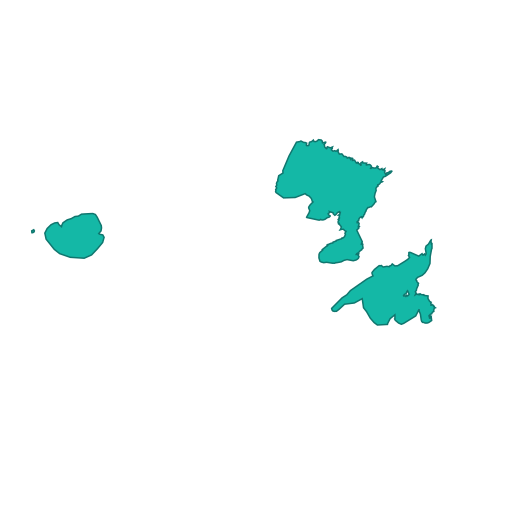 Rewa, Central, Fiji (Equal Earth projection), rotated 51°
{"feature_id": "14151628B39642918357252", "entity_name": "Rewa", "entity_type": "district", "adm_level": 2, "iso_a3": "FJI", "parent_name": "Fiji", "parent_adm1": "Central", "projection": "equal_earth", "projection_center": [178.419, -18.226], "detail": "fine", "context": "isolated", "style": "filled", "palette": "teal", "viewbox_px": 512, "rotation_deg": 51, "n_neighbors": 0, "source": "geoboundaries", "source_scale": "gbopen_adm2", "svg_char_len": 6151}
<svg xmlns="http://www.w3.org/2000/svg" viewBox="0 0 512 512"><g transform="rotate(51 256 256)"><path d="M219.3,200.5L228.2,198.0L235.2,188.7L238.5,178.5L240.3,178.3L242.9,177.0L246.2,176.8L249.1,177.9L249.9,177.7L250.3,181.6L251.0,183.9L251.7,184.8L254.6,185.7L255.8,187.6L257.7,192.3L258.1,192.3L267.4,184.8L268.1,184.0L268.3,182.7L268.8,182.7L270.1,181.3L270.9,179.4L271.1,176.3L271.8,174.9L271.8,173.5L271.4,173.1L269.7,173.7L268.5,173.3L268.6,171.1L267.7,170.9L270.9,168.9L271.8,169.4L274.0,169.1L274.0,167.1L273.5,165.5L273.9,163.4L274.0,163.2L274.7,163.8L275.2,163.1L276.3,164.6L276.2,166.1L276.9,165.4L278.6,167.5L278.9,167.2L279.2,167.5L279.3,169.1L280.3,169.0L280.6,170.1L281.3,170.9L282.9,171.6L283.0,170.9L284.3,171.3L287.0,171.3L288.2,173.0L288.6,174.1L289.3,172.4L290.3,171.2L292.2,171.1L293.5,170.5L294.3,172.6L295.5,172.9L296.7,175.1L296.7,177.4L296.1,177.7L296.4,178.7L294.4,183.9L294.8,184.3L293.7,187.4L294.2,188.1L293.3,189.7L292.6,192.3L292.3,192.8L292.2,193.8L293.0,193.8L293.0,194.5L292.8,194.6L292.7,200.5L293.4,200.6L293.5,204.1L293.8,205.0L294.5,206.1L297.1,208.3L300.3,209.6L301.7,209.1L303.8,207.6L305.3,205.1L309.6,201.2L311.2,199.3L311.4,197.9L311.9,197.7L314.2,193.4L314.8,190.3L316.1,187.5L320.9,183.4L322.1,180.7L322.3,178.9L322.1,177.6L321.2,176.2L319.7,176.2L318.9,174.6L318.5,174.6L318.6,176.2L317.9,177.1L317.6,176.4L317.9,174.2L317.5,171.8L317.7,170.0L317.4,169.6L317.2,167.8L314.9,166.5L314.1,165.6L313.5,165.8L313.1,166.6L312.6,166.0L312.6,165.2L312.0,165.1L311.7,164.4L299.6,161.5L299.2,161.2L299.1,158.8L298.9,158.4L297.7,158.3L297.5,157.8L298.0,157.5L298.1,157.1L296.8,157.1L295.8,155.5L294.7,155.3L293.8,156.4L293.0,155.8L293.2,154.1L292.7,154.0L292.6,153.2L291.9,152.7L291.5,151.0L291.7,149.6L292.7,149.6L292.1,149.0L292.3,148.8L292.9,149.3L293.1,149.1L292.8,147.8L292.6,147.1L291.9,146.3L291.7,145.0L290.9,144.1L290.2,142.0L289.7,141.7L288.7,138.6L289.2,138.1L289.7,136.1L290.4,135.4L289.8,131.5L289.1,129.6L289.3,128.6L284.8,126.9L284.1,126.3L282.2,124.0L280.7,121.4L279.0,120.4L278.4,119.0L278.4,117.1L277.8,117.1L277.3,116.6L277.7,115.8L277.7,114.3L277.1,112.4L277.7,111.8L277.8,111.0L277.0,111.5L276.2,111.2L274.8,107.2L275.5,105.4L276.1,99.1L275.5,96.5L275.2,97.8L274.5,98.3L274.4,100.8L273.7,101.9L273.9,102.6L274.9,103.1L274.8,104.0L271.6,103.3L271.2,102.3L271.0,102.1L270.0,102.5L269.2,101.1L268.8,103.3L268.5,103.6L267.3,103.1L266.9,105.3L264.1,106.1L263.8,106.0L263.5,104.9L262.4,105.2L263.0,106.9L262.9,107.6L261.9,109.0L260.3,110.1L260.3,111.6L260.0,111.8L259.5,110.4L258.8,109.8L257.3,109.8L256.2,110.3L254.7,112.9L253.8,112.3L253.5,111.6L250.9,114.4L249.9,113.9L249.6,115.8L250.4,116.7L251.4,117.0L251.3,117.5L249.6,117.6L248.3,118.4L247.7,117.7L247.1,118.1L246.9,119.5L243.5,119.1L242.5,120.8L241.6,119.7L240.9,119.5L240.5,119.8L240.4,120.8L240.7,121.6L239.7,121.5L240.0,120.6L239.5,120.6L238.7,121.5L238.2,121.4L237.8,121.7L237.6,123.2L237.3,123.5L236.3,123.2L235.5,123.6L234.6,124.1L234.1,125.0L230.7,125.0L229.2,127.1L226.5,126.6L225.9,125.8L225.0,125.3L225.0,126.2L225.3,126.2L225.3,126.8L224.9,128.0L223.7,128.5L223.0,130.2L221.0,130.6L220.4,129.8L220.5,129.1L219.8,128.8L219.4,128.0L218.7,130.2L216.1,131.7L216.1,132.3L217.1,133.3L216.9,133.8L214.4,134.0L212.8,133.0L212.2,133.0L212.0,131.5L211.7,130.4L211.3,130.2L209.9,133.1L208.3,132.2L206.9,132.3L204.9,134.2L205.1,136.2L204.6,137.8L203.4,138.9L202.0,138.5L202.1,140.8L201.3,142.6L201.4,143.1L203.2,145.2L203.1,146.0L202.0,147.2L201.5,147.1L200.2,145.6L198.8,146.3L197.7,147.5L194.9,148.7L194.7,149.8L193.0,152.9L199.0,167.3L206.6,181.5L208.5,182.8L207.9,187.8L210.7,191.4L211.5,191.7L211.6,192.7L212.2,194.0L212.7,194.6L214.0,195.2L214.5,196.9L215.8,196.9L216.5,197.6L216.6,198.8L217.6,199.3L218.2,200.2L219.3,200.5ZM416.7,160.1L414.0,158.4L414.2,159.3L413.6,160.2L413.2,160.1L412.9,157.8L412.1,158.3L411.8,159.4L411.3,159.2L411.0,157.0L411.5,155.9L410.7,154.3L411.0,152.7L409.7,151.9L409.7,151.5L409.1,151.0L408.8,150.1L409.1,149.2L407.2,149.7L407.1,149.2L405.6,149.3L404.5,150.7L404.2,149.8L403.2,150.3L402.5,149.8L402.2,149.0L400.6,149.6L397.2,149.1L395.3,147.4L392.4,150.2L391.7,149.9L390.7,151.2L389.2,152.3L388.9,153.2L388.5,152.6L387.3,154.9L386.6,155.0L386.4,156.6L385.5,154.9L384.1,154.7L383.6,152.9L382.6,151.9L380.7,148.2L380.0,148.0L379.5,146.9L377.1,147.2L376.3,146.6L375.1,146.8L374.7,146.3L374.3,143.8L375.6,139.0L375.4,135.3L374.0,130.6L371.3,125.5L366.0,120.9L361.2,115.3L360.8,114.4L357.2,111.5L357.0,112.1L354.8,110.8L353.8,109.7L353.7,110.2L355.3,114.5L355.3,117.6L356.9,119.8L360.8,122.0L361.7,123.1L361.9,123.9L360.5,123.7L360.5,125.2L360.2,125.3L360.4,125.6L360.2,125.8L358.7,125.5L358.5,129.6L350.5,133.7L349.8,134.3L349.5,135.0L351.3,136.5L351.5,137.2L353.7,137.5L354.1,140.0L353.8,143.7L352.7,152.1L351.1,154.3L347.9,155.1L348.4,157.1L347.9,158.1L348.2,159.1L346.3,160.9L344.8,163.8L344.3,164.2L342.2,164.6L341.8,165.6L341.0,166.3L341.0,172.4L341.8,176.2L342.7,176.9L345.1,177.6L343.7,184.4L342.3,204.4L343.3,209.8L342.7,215.5L344.3,230.2L345.8,230.9L347.1,230.9L348.3,230.0L349.6,228.3L349.7,225.1L349.2,217.5L354.4,209.1L356.0,200.3L363.9,205.0L368.9,205.1L376.3,206.3L382.1,206.1L386.0,205.1L391.9,196.9L391.2,196.0L389.1,191.2L389.1,185.1L392.1,187.4L392.1,187.9L393.6,188.2L397.8,187.4L400.5,186.0L401.3,183.6L403.1,169.6L400.0,162.7L401.6,163.9L404.6,164.8L409.6,167.8L411.1,168.4L412.4,168.3L413.0,167.6L414.5,166.8L415.8,165.2L416.4,163.7L416.7,160.1ZM379.7,166.3L379.2,164.8L379.7,163.2L378.5,160.9L378.4,160.1L382.2,161.1L382.5,162.7L382.0,163.1L382.2,163.7L381.4,163.8L381.6,164.5L381.2,164.3L381.1,165.2L380.2,165.8L380.1,166.3L379.7,166.3ZM139.0,360.7L137.0,358.4L135.0,357.1L125.9,355.0L122.7,354.7L120.3,356.1L118.8,358.1L113.7,365.2L113.2,369.0L111.4,371.8L110.7,376.0L109.1,380.0L108.7,385.1L109.9,387.6L110.8,388.7L107.7,389.4L105.2,389.0L103.6,391.7L102.7,395.6L103.2,401.0L105.3,405.7L110.8,408.5L123.9,408.6L130.6,407.1L140.1,401.2L149.6,390.9L151.7,383.1L150.6,374.8L149.0,366.7L145.9,362.3L143.2,361.8L140.7,363.8L139.6,364.1L139.0,360.7ZM97.4,414.9L97.6,413.3L97.0,412.4L95.7,412.2L95.3,414.5L96.9,415.5L97.4,414.9Z" fill="#14b8a6" stroke="#0f766e" stroke-width="1.5"/></g></svg>